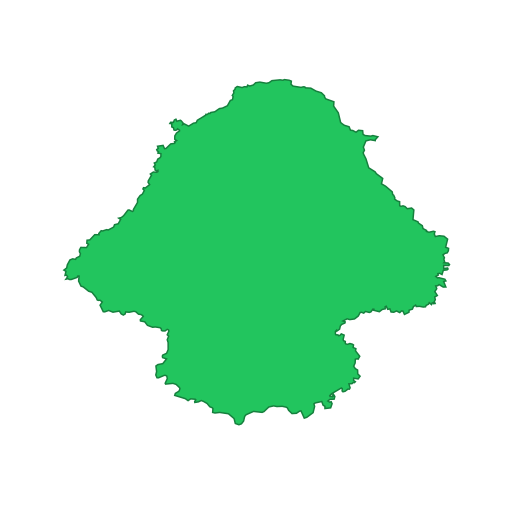 Niquelândia, Goiás, Brazil (Equal Earth projection), rotated 256°
{"feature_id": "56859067B74347687332903", "entity_name": "Niquelândia", "entity_type": "district", "adm_level": 2, "iso_a3": "BRA", "parent_name": "Brazil", "parent_adm1": "Goiás", "projection": "equal_earth", "projection_center": [-48.44, -14.478], "detail": "fine", "context": "isolated", "style": "filled", "palette": "green", "viewbox_px": 512, "rotation_deg": 256, "n_neighbors": 0, "source": "geoboundaries", "source_scale": "gbopen_adm2", "svg_char_len": 6103}
<svg xmlns="http://www.w3.org/2000/svg" viewBox="0 0 512 512"><g transform="rotate(256 256 256)"><path d="M422.3,313.9L421.0,310.5L421.1,307.9L423.8,301.8L424.2,297.6L422.6,294.8L422.4,291.1L423.8,289.2L422.3,288.2L423.1,285.6L422.8,283.3L425.0,278.8L424.0,276.4L422.8,276.0L421.7,274.1L419.6,274.0L417.5,271.8L416.3,272.4L413.4,271.0L413.1,268.7L408.7,264.6L407.6,259.2L407.9,256.2L405.9,250.8L406.2,246.8L405.4,245.8L406.0,244.8L405.1,242.9L405.6,241.7L404.8,241.2L401.9,231.9L399.8,230.2L400.0,227.4L398.3,222.1L401.6,218.3L401.2,216.5L402.7,217.4L405.3,216.1L406.0,215.5L405.9,211.8L408.1,211.4L407.7,209.7L405.7,208.2L406.4,205.5L405.4,204.5L404.7,206.3L401.6,205.5L400.5,206.9L398.1,206.9L397.5,208.0L397.5,209.7L398.4,210.6L396.7,212.2L395.9,212.1L394.5,208.6L392.2,206.3L389.0,205.4L387.2,206.9L386.6,204.6L385.5,204.9L385.0,204.0L385.4,200.4L382.1,194.7L382.3,193.2L385.8,192.6L386.3,187.0L384.0,187.2L383.3,185.4L381.9,185.6L380.9,186.6L379.6,185.7L378.3,188.5L375.6,187.8L374.6,186.7L373.8,184.1L371.3,182.4L370.8,179.8L368.7,180.3L367.3,178.3L366.6,179.3L363.8,178.9L362.8,180.0L362.9,181.6L361.6,181.3L361.2,180.0L362.3,176.7L361.1,173.3L359.6,174.1L354.9,169.6L353.5,169.1L351.0,170.1L348.8,165.1L349.5,163.4L348.4,162.5L346.6,163.5L343.5,160.7L342.7,158.2L339.8,154.8L336.6,154.0L330.8,148.3L329.6,148.0L329.1,146.8L331.4,144.0L331.5,142.8L327.1,137.3L325.9,134.6L325.9,132.0L324.2,133.5L320.6,130.1L320.6,126.3L318.5,124.9L317.0,118.9L317.7,117.5L317.4,113.2L318.0,111.9L315.9,108.9L314.6,108.8L315.7,104.7L311.8,98.6L312.2,95.9L309.3,94.9L307.9,96.4L305.2,93.6L306.7,88.1L304.6,86.2L302.8,85.7L300.7,86.2L298.4,84.9L297.6,81.2L296.4,80.1L297.6,77.4L297.2,74.5L293.1,70.8L290.2,69.4L288.8,66.2L287.1,67.9L283.4,66.0L283.4,67.4L281.4,68.2L279.5,66.0L279.4,68.2L278.4,69.1L277.9,71.0L278.5,77.2L279.7,78.4L279.3,79.5L274.6,77.8L269.1,78.9L267.8,80.9L262.3,85.1L260.5,88.0L254.3,90.9L251.8,91.3L251.1,92.2L250.8,94.0L248.5,95.7L246.0,92.8L238.9,94.3L238.4,95.7L238.8,99.9L236.1,103.6L235.6,110.1L232.4,111.2L230.8,113.0L231.4,115.0L233.2,116.0L232.1,119.4L231.9,124.2L231.1,125.8L228.0,127.9L227.0,130.3L225.6,131.6L224.7,132.0L222.1,128.3L220.9,128.2L219.1,132.1L215.0,133.9L211.9,138.4L211.5,141.2L209.6,145.6L208.5,146.4L206.6,146.3L205.9,147.3L205.3,149.7L206.3,152.1L205.5,153.2L204.2,153.3L201.0,150.8L199.4,151.9L196.2,149.6L193.3,149.8L186.4,148.1L183.2,145.7L182.4,141.5L181.5,140.9L180.0,140.8L177.8,144.3L174.1,139.5L174.4,134.6L173.5,132.3L167.9,131.6L164.8,130.0L161.8,130.5L161.4,131.9L162.4,138.2L161.9,139.6L161.1,140.4L158.5,140.3L154.5,137.1L153.6,137.3L152.5,144.6L150.8,147.4L147.2,149.7L146.0,150.2L144.5,149.4L143.4,148.4L142.2,144.5L140.4,143.4L134.7,152.9L132.1,155.1L133.2,158.0L131.7,162.4L131.0,162.8L129.7,161.3L128.7,161.2L128.4,164.9L129.0,167.9L127.7,169.8L124.7,172.9L120.9,174.7L119.3,176.9L118.4,177.3L114.7,176.1L113.6,178.2L113.0,182.9L109.6,191.1L103.6,195.4L98.5,195.4L96.4,198.6L96.7,201.3L98.8,204.0L103.1,206.2L104.4,208.0L105.8,216.0L102.8,224.1L103.1,226.1L106.4,231.9L106.3,236.9L104.9,239.8L103.8,245.1L102.1,248.6L101.1,249.7L98.4,250.3L94.4,252.8L93.6,257.2L94.9,260.7L94.8,262.2L87.0,263.6L87.2,266.3L90.2,273.5L95.9,276.5L98.5,276.4L99.1,277.9L98.9,284.6L95.0,285.0L93.5,286.5L91.3,286.0L90.6,291.7L94.3,294.1L96.4,293.7L96.3,292.2L97.9,290.6L99.0,293.0L98.2,297.2L100.6,298.5L103.0,297.7L102.6,296.7L101.3,297.2L100.9,295.9L101.6,295.1L101.7,293.9L102.6,293.7L104.1,296.0L107.3,306.9L106.5,307.6L104.2,306.9L103.2,307.5L103.2,309.7L104.6,313.0L104.2,314.4L105.3,315.4L109.5,315.2L108.9,318.3L109.7,319.4L109.3,320.9L110.0,322.0L111.5,320.6L113.8,321.2L112.0,325.4L114.2,327.9L117.0,326.2L120.8,327.0L122.7,325.1L125.4,324.1L128.2,326.3L131.8,327.4L131.8,329.4L131.2,330.1L133.6,332.4L139.9,329.6L141.9,330.5L143.7,328.1L146.1,329.1L147.1,328.2L148.4,325.9L148.1,323.6L148.8,322.0L150.0,321.5L151.5,322.0L152.6,320.5L153.8,320.3L157.9,322.4L159.8,319.9L158.6,318.1L158.7,316.8L159.6,316.5L160.3,314.4L161.2,314.2L163.6,314.8L164.5,316.2L163.6,316.3L164.8,319.4L167.7,320.9L168.9,322.6L169.5,326.1L170.5,326.6L171.9,324.6L173.0,329.2L171.6,331.6L171.1,336.4L173.0,340.7L176.0,343.4L175.9,344.7L174.5,346.7L175.7,348.8L173.8,352.3L174.0,354.0L176.2,356.6L175.8,357.5L174.9,357.0L172.1,362.2L173.6,365.6L173.5,368.6L175.5,369.0L175.8,370.2L172.4,370.9L172.3,373.1L169.0,373.5L168.1,376.1L168.7,379.0L166.3,381.8L167.5,383.9L166.9,385.3L163.4,385.9L164.4,390.8L166.4,391.5L166.6,394.9L168.8,396.5L169.7,399.0L168.2,399.3L167.6,402.5L166.0,406.0L165.7,408.2L166.9,409.1L167.5,411.7L168.8,412.8L166.4,414.5L167.8,415.5L167.9,417.0L166.8,416.7L166.6,418.3L168.7,418.0L170.2,419.4L173.0,419.5L173.8,422.4L178.2,420.9L180.6,423.5L183.5,423.1L183.2,425.1L184.0,426.7L180.6,430.1L180.0,432.7L185.9,431.9L185.9,434.2L187.8,433.6L190.7,428.2L190.8,426.8L192.7,425.5L193.4,428.2L194.9,428.2L194.8,430.0L193.0,432.0L196.8,434.3L196.3,438.0L196.9,439.2L198.0,439.0L198.4,435.1L201.5,435.8L200.1,440.8L200.9,441.7L202.7,440.7L204.0,436.7L204.5,437.6L207.7,437.5L208.6,438.4L211.9,437.7L212.8,440.1L212.8,442.3L214.5,443.9L216.8,444.7L218.6,442.1L226.0,446.0L229.7,443.2L231.3,438.8L231.5,434.7L234.2,434.3L236.3,435.5L237.1,434.1L237.2,429.6L238.6,427.3L239.5,427.7L242.2,424.7L245.2,424.7L248.6,421.6L249.9,421.5L253.3,417.1L262.5,420.3L264.9,418.6L265.3,414.2L267.9,412.6L269.1,410.8L269.1,408.7L270.0,407.6L274.0,408.5L275.1,406.5L277.6,404.3L279.0,404.8L281.7,404.3L282.6,403.5L285.3,403.7L292.4,398.6L295.7,395.2L300.6,397.7L306.7,392.7L308.9,391.9L314.3,386.7L323.6,386.2L328.9,385.0L330.3,385.0L332.4,386.8L335.7,386.5L341.1,390.5L341.1,395.1L339.1,399.6L340.0,399.9L342.2,403.1L344.6,398.5L344.5,396.4L346.6,390.7L348.3,389.3L351.8,389.8L353.2,385.9L351.9,383.0L354.4,380.2L355.2,378.1L358.9,377.6L361.4,373.4L363.2,371.8L365.1,370.4L375.0,370.5L382.6,367.6L386.8,368.9L391.5,361.8L393.4,361.0L394.9,361.2L398.6,358.9L401.5,354.1L405.6,349.8L407.2,344.6L408.2,344.3L408.7,342.9L408.7,340.5L411.9,333.0L414.2,331.5L417.1,332.6L418.5,330.7L420.3,326.2L420.0,324.7L421.1,322.0L422.3,313.9Z" fill="#22c55e" stroke="#15803d" stroke-width="1.5"/></g></svg>